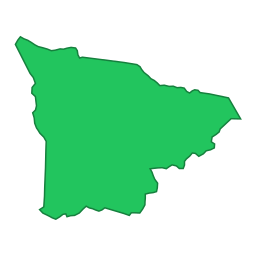 the district of Areia, Paraíba, Brazil
{"feature_id": "56859067B64282742234798", "entity_name": "Areia", "entity_type": "district", "adm_level": 2, "iso_a3": "BRA", "parent_name": "Brazil", "parent_adm1": "Paraíba", "projection": "robinson", "projection_center": [-35.7, -6.949], "detail": "fine", "context": "isolated", "style": "filled", "palette": "green", "viewbox_px": 256, "rotation_deg": 0, "n_neighbors": 0, "source": "geoboundaries", "source_scale": "gbopen_adm2", "svg_char_len": 1651}
<svg xmlns="http://www.w3.org/2000/svg" viewBox="0 0 256 256"><path d="M220.2,128.9L231.1,118.7L240.6,118.9L228.5,97.9L209.4,93.9L200.1,92.6L198.0,90.3L194.7,89.8L192.2,90.9L189.6,93.0L186.7,91.5L184.2,88.1L180.8,87.4L177.1,87.7L173.3,86.2L169.1,86.4L164.3,85.2L159.8,85.6L157.3,83.0L154.3,80.5L150.9,78.7L148.2,75.8L144.0,72.5L141.5,69.3L140.0,66.7L136.9,64.6L124.0,62.5L82.4,57.2L79.6,58.0L77.9,54.8L77.3,50.7L75.6,48.0L71.1,47.4L66.9,48.2L63.5,49.2L60.1,48.9L55.2,50.2L51.3,50.7L47.4,49.1L42.6,47.7L38.2,46.6L34.8,44.8L31.4,42.5L27.8,40.3L23.9,38.8L20.4,36.8L17.9,40.0L15.4,44.4L30.1,73.4L33.3,77.5L35.4,83.4L32.1,87.5L31.8,93.2L35.4,96.6L36.0,101.8L36.5,105.8L35.5,110.0L32.7,112.8L34.2,117.9L34.7,123.2L36.5,127.9L38.2,130.4L39.9,133.2L43.8,137.1L46.2,141.4L45.9,150.2L45.5,168.0L44.7,187.7L44.5,196.2L43.8,206.9L39.6,209.6L42.9,213.1L46.9,215.0L49.7,216.4L52.2,217.8L55.8,219.2L59.6,216.9L63.0,214.3L65.8,213.9L67.0,216.7L70.5,215.7L74.6,215.4L79.3,213.0L83.3,208.8L86.2,206.2L89.3,207.9L92.6,208.7L95.9,210.1L98.9,211.1L102.0,209.9L104.8,207.8L123.9,213.5L129.3,215.4L131.3,212.8L135.1,212.8L139.8,213.0L142.6,209.1L144.9,204.9L145.0,201.8L145.3,198.2L145.3,194.1L149.1,193.1L153.2,192.6L156.5,191.6L157.3,187.9L157.6,183.2L154.7,179.2L153.3,175.9L152.0,172.2L150.1,168.8L154.0,168.3L157.9,167.9L162.2,167.7L166.3,168.7L169.1,166.7L172.1,164.9L176.4,165.9L179.3,168.5L183.2,168.5L184.5,165.1L184.5,161.4L186.4,158.9L189.6,156.2L192.3,153.0L195.4,153.4L198.8,156.3L203.4,153.8L206.2,150.8L210.5,149.8L214.3,147.9L214.6,144.0L211.3,141.8L212.1,137.0L216.0,134.5L219.1,132.0L220.2,128.9Z" fill="#22c55e" stroke="#15803d" stroke-width="1.5"/></svg>